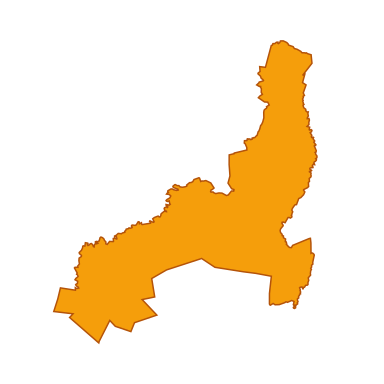 the district of El Tule, Chihuahua, Mexico, rotated 95°
{"feature_id": "50627088B96078514401884", "entity_name": "El Tule", "entity_type": "district", "adm_level": 2, "iso_a3": "MEX", "parent_name": "Mexico", "parent_adm1": "Chihuahua", "projection": "orthographic", "projection_center": [-106.33, 27.016], "detail": "fine", "context": "isolated", "style": "filled", "palette": "amber", "viewbox_px": 384, "rotation_deg": 95, "n_neighbors": 0, "source": "geoboundaries", "source_scale": "gbopen_adm2", "svg_char_len": 5905}
<svg xmlns="http://www.w3.org/2000/svg" viewBox="0 0 384 384"><g transform="rotate(95 192 192)"><path d="M323.1,319.3L323.7,299.9L327.7,303.0L350.5,271.7L348.7,271.4L327.1,262.7L332.5,256.7L336.4,240.7L327.2,237.9L317.7,216.3L303.5,232.3L299.8,220.0L281.7,224.6L271.8,210.5L257.4,176.6L265.0,162.6L267.0,133.8L267.5,121.2L269.0,105.6L286.3,106.0L296.8,105.1L297.6,104.7L297.9,104.0L296.0,101.5L297.1,99.4L296.6,95.3L294.1,89.8L293.4,89.2L293.3,88.2L293.6,87.3L291.4,83.2L292.2,80.8L295.5,81.2L296.0,80.7L295.7,79.7L296.3,79.5L298.1,81.0L298.8,80.7L299.1,79.7L298.3,78.7L296.9,78.9L295.5,78.4L294.2,77.0L293.2,77.5L292.1,76.8L290.4,77.6L289.1,77.6L288.3,76.5L286.6,76.7L285.4,75.9L284.5,75.9L284.0,75.0L283.1,75.4L282.2,75.0L280.8,75.8L280.2,75.5L278.0,76.5L277.5,76.0L277.0,74.2L278.8,73.2L278.7,72.8L277.3,72.6L277.0,71.6L275.1,70.7L274.7,68.9L274.1,68.4L272.0,68.6L269.9,68.0L267.4,68.7L264.4,66.6L263.0,67.0L260.2,66.9L258.7,66.3L257.7,67.1L256.4,66.3L254.5,66.5L253.3,65.3L251.6,65.6L244.2,64.7L243.4,65.1L242.4,66.4L242.2,67.6L242.6,68.1L232.4,69.1L227.8,70.0L228.1,71.1L236.4,87.1L238.7,88.1L238.8,89.8L237.9,91.4L236.9,92.1L236.0,93.4L235.1,93.2L233.5,93.8L233.3,94.7L230.7,94.7L229.6,96.9L227.8,97.1L227.6,98.3L226.2,98.6L224.7,100.2L222.8,100.9L221.0,100.5L217.8,98.3L217.2,98.3L215.3,99.7L214.3,99.6L214.0,98.4L214.5,96.6L209.1,94.1L208.9,93.0L209.4,91.7L208.3,90.4L207.4,90.4L206.6,91.0L206.3,90.7L204.1,90.4L203.0,89.9L201.3,91.0L199.5,90.5L196.2,88.6L195.6,87.9L195.5,86.8L189.2,85.1L188.1,83.1L185.0,80.6L182.1,79.6L180.5,81.0L179.9,81.0L177.7,77.4L176.4,76.3L172.4,76.9L171.2,75.9L168.3,76.4L166.7,74.9L165.6,74.7L163.9,75.2L162.9,75.0L162.2,75.5L161.8,76.7L161.3,76.8L160.8,75.3L160.2,74.7L159.8,75.0L159.3,76.4L158.5,76.7L157.7,76.3L157.1,73.6L156.3,73.8L155.8,74.4L155.1,74.4L154.1,73.8L154.1,72.2L153.2,72.6L153.1,73.2L152.6,73.2L151.2,72.7L150.8,71.8L149.5,70.9L148.7,70.9L148.1,71.7L147.2,70.7L146.2,70.5L144.8,70.9L143.7,72.1L142.3,72.3L141.8,72.8L141.3,71.9L140.0,71.8L135.4,74.2L134.8,73.8L134.8,72.9L134.1,72.7L131.8,75.0L130.5,74.2L128.4,76.1L127.1,75.6L126.8,76.2L127.2,77.6L126.5,77.9L125.0,77.6L122.6,79.5L121.6,78.2L120.1,77.9L119.5,78.7L120.0,80.4L119.3,80.7L117.2,80.4L116.7,83.1L114.6,81.4L112.5,81.7L110.1,81.3L108.6,81.9L108.9,83.6L107.7,83.5L106.1,82.7L103.9,83.4L102.1,83.2L102.3,84.2L101.2,85.7L99.7,85.9L98.3,88.0L96.2,88.9L94.9,88.1L94.5,88.9L93.7,88.8L91.7,89.7L91.1,89.2L89.7,90.0L88.3,89.3L86.9,89.6L86.1,88.4L83.6,89.8L75.4,87.7L73.4,91.4L65.0,89.9L66.2,92.0L53.3,83.7L44.9,85.3L44.2,88.6L43.4,90.3L43.8,91.2L43.5,91.7L43.7,94.6L42.4,95.9L40.6,99.9L40.2,102.5L38.4,103.9L37.2,108.6L35.9,109.3L34.8,110.7L33.5,114.2L33.8,117.1L35.5,117.6L36.7,118.9L36.5,119.4L35.2,119.5L35.5,121.0L36.9,122.3L37.1,124.3L38.6,124.7L39.2,125.8L61.4,129.7L61.2,135.5L66.0,134.7L67.9,136.6L68.6,136.5L70.5,134.0L72.8,132.9L73.7,131.3L74.7,130.5L75.2,130.9L76.6,134.6L77.6,135.0L79.7,136.9L80.8,134.6L80.9,132.9L81.5,133.1L83.0,131.9L86.7,131.7L88.6,130.4L90.6,132.9L92.3,134.1L96.0,127.6L95.9,124.4L98.6,122.7L100.5,125.2L101.3,124.8L102.2,125.2L103.0,126.3L104.2,127.3L106.4,127.5L111.8,126.9L116.0,127.6L118.8,128.6L119.7,129.4L123.2,130.0L125.5,130.7L126.1,131.3L130.0,132.1L130.2,132.6L132.4,134.3L132.4,135.2L133.1,136.0L132.9,136.6L134.1,136.7L134.1,137.2L134.5,137.4L134.7,138.4L134.3,138.5L134.1,139.7L134.8,141.0L134.2,141.0L134.2,141.5L136.0,141.9L136.3,144.2L138.7,144.2L139.3,143.2L142.9,141.3L145.4,141.0L149.5,153.3L150.1,153.3L151.8,158.2L161.4,157.4L172.7,155.6L180.0,156.9L185.3,152.8L185.9,150.4L186.5,150.3L187.2,151.1L187.5,150.9L187.6,152.8L191.8,155.6L192.5,157.4L190.5,162.0L190.6,165.1L191.5,168.2L191.0,169.9L190.1,171.1L190.5,173.0L190.0,173.5L188.2,173.1L187.7,171.9L186.1,170.4L181.3,174.1L179.4,179.2L180.2,181.8L180.1,183.0L180.8,184.2L177.5,185.7L177.2,186.3L179.4,191.1L181.6,192.1L182.6,193.6L182.9,195.3L185.5,197.9L186.3,197.6L186.8,198.0L187.5,199.6L188.1,202.1L187.9,204.4L186.8,205.6L186.9,207.4L186.1,209.2L186.2,209.8L187.9,211.5L188.6,211.4L189.3,210.4L190.4,206.2L191.3,205.9L191.8,207.6L191.3,210.7L190.7,211.9L190.8,213.2L192.8,216.1L193.8,216.2L194.5,215.5L195.1,216.5L196.3,217.2L196.5,214.4L197.8,212.8L199.8,213.6L201.6,216.2L202.7,217.1L203.3,216.7L203.6,215.3L202.9,213.9L205.5,213.2L206.1,212.6L207.0,213.5L206.7,216.8L207.4,216.7L208.1,215.0L209.4,214.9L209.7,215.3L208.9,216.0L210.1,218.0L210.9,218.3L212.3,217.7L213.1,216.9L213.3,215.8L213.8,215.7L213.5,217.8L215.6,220.1L216.7,221.0L218.3,221.0L219.7,221.8L219.6,222.8L219.0,223.4L219.1,224.1L220.7,227.3L221.6,228.3L222.1,228.8L224.9,227.2L225.5,227.5L225.6,228.0L224.4,231.4L224.9,231.7L226.0,230.6L226.7,230.6L228.8,238.9L228.6,239.3L227.0,239.7L228.2,241.6L226.5,241.9L226.3,243.0L229.6,244.7L230.2,245.8L230.1,248.4L230.4,249.1L231.2,249.4L232.3,248.5L232.8,248.7L233.5,250.5L233.2,251.6L234.0,252.1L234.7,254.3L236.1,254.7L237.0,255.6L238.0,255.4L238.9,257.8L239.7,258.6L239.7,261.9L241.7,263.7L242.6,265.3L243.4,265.2L242.9,263.5L245.2,262.7L245.4,263.0L244.8,265.1L245.2,266.4L248.0,265.9L248.3,266.2L248.4,269.8L251.6,271.9L251.1,273.4L249.3,273.4L247.7,275.1L246.5,275.6L245.3,277.1L244.8,278.8L245.5,279.6L248.8,280.2L249.8,282.0L249.5,282.9L250.0,283.9L250.8,283.8L250.9,281.6L251.2,281.2L251.9,282.4L252.1,284.0L253.4,284.7L255.2,284.7L255.0,285.4L253.0,286.5L252.1,287.7L252.4,288.8L253.8,289.9L254.4,291.0L253.8,291.6L252.5,291.1L252.0,291.4L251.8,293.8L255.2,294.0L255.1,295.6L255.5,296.1L257.4,296.2L259.8,297.1L262.1,299.1L263.2,298.8L264.7,296.7L265.3,296.5L266.0,296.7L267.7,298.7L270.2,298.7L273.5,297.9L275.9,299.5L277.0,299.1L277.2,302.0L277.9,302.5L282.7,299.3L284.0,299.8L284.3,299.1L285.9,298.1L286.7,298.6L288.2,300.2L289.6,300.9L290.9,298.1L293.3,298.2L293.7,299.2L294.5,299.8L295.7,298.9L296.5,297.2L297.6,296.5L298.2,298.4L297.5,299.9L300.0,299.6L299.0,314.7L310.3,316.4L323.1,319.3Z" fill="#f59e0b" stroke="#b45309" stroke-width="1.5"/></g></svg>